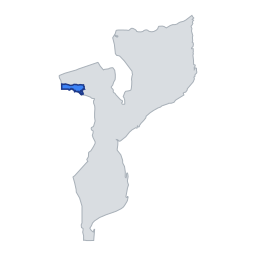 Magoe, Tete, Mozambique (highlighted)
{"feature_id": "85939544B26060528055494", "entity_name": "Magoe", "entity_type": "district", "adm_level": 2, "iso_a3": "MOZ", "parent_name": "Mozambique", "parent_adm1": "Tete", "projection": "mercator", "projection_center": [31.675, -16.019], "detail": "fine", "context": "in_parent", "style": "filled", "palette": "blue", "viewbox_px": 256, "rotation_deg": 0, "n_neighbors": 0, "source": "geoboundaries", "source_scale": "gbopen_adm2", "svg_char_len": 5927}
<svg xmlns="http://www.w3.org/2000/svg" viewBox="0 0 256 256"><path d="M73.0,177.0L74.8,175.6L87.0,162.1L87.8,161.6L86.8,159.4L88.4,156.8L88.6,152.7L89.0,152.1L90.9,150.8L93.5,146.6L95.1,143.4L95.2,141.9L93.0,137.5L92.3,135.2L93.0,133.2L93.2,131.3L92.9,130.7L91.5,129.9L91.3,129.1L91.2,128.1L91.5,127.5L93.3,126.6L93.6,126.2L95.1,121.1L94.6,117.3L94.6,113.0L94.9,108.6L94.7,106.0L93.6,103.1L93.5,101.0L94.3,99.6L94.5,98.7L91.8,98.3L90.4,97.1L85.3,95.2L81.4,94.9L78.1,92.0L75.6,91.5L72.3,89.4L61.9,89.0L61.6,88.8L61.2,82.4L60.8,80.3L59.5,78.1L59.2,76.5L59.3,75.5L65.0,73.2L76.2,70.0L78.7,68.9L97.8,62.4L98.3,62.8L100.2,66.1L103.4,69.9L104.2,69.4L108.7,68.8L109.4,68.3L110.8,67.9L112.4,67.7L113.0,67.9L114.7,70.3L115.3,74.6L115.3,77.5L115.1,79.6L113.7,82.1L112.7,85.1L111.3,86.8L111.3,87.6L113.0,89.4L113.3,90.2L113.2,91.8L113.5,92.4L115.0,93.4L116.0,94.9L120.2,99.4L121.3,100.2L122.1,100.4L122.5,101.2L122.3,102.3L121.6,102.8L121.9,103.7L122.7,104.3L124.6,104.2L124.8,103.9L124.7,100.0L124.0,97.7L123.2,96.7L124.8,92.4L125.7,91.3L128.8,90.8L130.3,90.4L130.9,89.9L131.3,88.5L131.7,84.8L131.8,81.3L131.5,79.2L132.0,76.1L132.6,74.2L132.3,73.8L132.0,71.2L124.3,60.9L119.9,56.3L119.1,55.8L116.7,55.4L115.4,53.7L114.4,44.5L112.7,37.8L115.3,33.5L116.1,30.6L116.7,30.2L118.8,30.0L126.5,30.1L128.4,30.4L129.2,30.1L131.2,28.4L132.9,28.4L135.1,29.5L136.3,30.5L136.5,31.3L138.0,31.8L140.8,31.9L142.8,31.5L144.0,30.5L145.3,30.0L146.7,29.9L147.8,30.3L148.5,31.0L149.8,31.5L151.8,31.8L154.0,31.4L156.4,30.1L157.7,28.8L158.5,26.6L158.9,26.3L162.2,26.1L164.0,26.5L166.3,27.9L170.3,25.5L172.8,24.6L175.1,24.6L177.1,24.0L178.6,22.9L180.2,22.1L183.5,21.3L185.7,20.1L191.9,15.4L192.6,16.7L193.8,18.0L192.2,19.3L193.6,20.2L192.6,21.5L192.4,22.4L192.9,23.3L192.2,24.8L191.3,25.9L191.1,26.8L191.9,28.4L191.5,31.1L192.8,35.7L192.4,37.2L192.7,40.9L192.2,42.2L193.0,42.6L193.4,44.1L193.0,46.6L191.7,47.7L191.5,48.7L193.2,48.7L193.3,51.9L193.0,52.8L193.4,53.9L192.9,55.1L193.5,60.2L193.6,63.9L193.7,64.5L195.2,65.1L195.1,66.1L194.2,67.5L194.3,69.5L195.3,67.9L195.9,67.9L196.5,68.5L196.5,70.8L196.8,71.9L196.7,72.9L195.0,74.7L194.9,76.5L194.2,76.8L193.9,77.2L194.3,78.2L194.3,79.2L193.1,82.0L187.3,88.8L187.2,90.0L185.7,92.1L184.1,92.5L183.2,93.1L183.9,95.0L176.1,99.8L175.3,100.5L174.0,102.3L171.4,103.2L168.6,103.3L168.2,103.7L161.8,105.9L160.6,107.0L157.9,108.0L153.6,110.4L150.2,112.7L146.2,116.1L145.7,118.0L143.8,120.4L141.0,123.3L139.4,125.7L139.3,126.7L138.3,127.0L137.4,126.0L137.1,128.0L136.4,128.1L135.7,127.7L132.1,129.8L129.5,132.1L125.8,136.7L120.4,141.0L119.2,141.2L117.5,139.6L116.5,139.5L117.9,141.2L117.8,144.9L117.2,149.2L117.2,150.2L120.8,154.8L122.6,160.2L122.7,163.0L124.5,166.5L125.3,171.9L125.2,177.0L126.0,177.8L126.4,177.0L126.5,173.9L127.0,173.0L127.5,173.1L127.9,174.9L128.1,176.7L127.4,180.6L127.6,182.2L128.5,184.9L127.5,188.0L125.9,196.7L126.2,197.3L127.1,197.5L127.4,196.5L127.8,196.5L128.1,197.1L127.4,200.5L126.7,202.0L124.4,205.7L123.1,207.3L121.0,208.8L116.0,211.3L106.0,214.8L99.6,217.5L94.6,220.8L92.5,223.0L91.5,225.6L89.8,228.2L91.3,230.5L93.2,232.0L94.1,229.4L94.6,229.4L93.7,240.5L86.8,240.6L84.8,240.2L83.6,240.3L83.6,235.7L82.7,232.2L83.1,229.8L83.0,228.4L81.5,227.6L81.2,224.9L82.0,222.9L82.0,206.1L79.6,198.0L76.3,192.2L76.1,189.4L74.7,183.0L73.0,177.0ZM117.0,37.2L117.8,36.8L117.9,36.1L117.4,35.7L116.9,35.8L116.7,37.0L117.0,37.2ZM116.4,35.8L115.8,35.3L115.3,35.4L115.1,35.9L115.6,36.5L116.2,36.5L116.4,35.8Z" fill="#d9dde1" stroke="#a8b0b8" stroke-width="1"/><path d="M83.5,84.9L83.2,84.9L82.9,85.0L82.2,84.9L80.5,84.7L79.8,84.7L79.5,84.8L78.6,85.0L77.8,85.0L77.3,84.9L77.0,84.7L76.4,84.5L76.1,84.5L75.5,84.5L75.2,84.5L74.2,84.4L73.8,84.5L73.6,84.6L73.3,84.8L73.0,85.0L72.7,85.1L72.2,85.3L71.8,85.3L71.3,85.4L70.5,85.4L70.3,85.4L69.6,85.3L69.2,85.0L68.2,84.7L67.6,84.6L66.3,84.2L65.7,84.2L65.3,84.0L65.2,84.1L64.9,84.2L64.7,84.1L64.4,84.2L64.3,84.3L64.0,84.3L63.9,84.3L63.7,84.4L63.4,84.3L63.2,84.2L62.8,84.3L62.8,84.2L62.7,84.2L62.5,84.3L62.3,84.1L62.2,84.1L61.8,84.0L61.7,84.0L61.7,89.1L68.2,89.1L68.3,89.2L68.5,89.3L68.6,89.5L68.8,89.7L68.9,89.9L69.0,89.9L69.3,89.9L69.5,89.8L69.6,89.6L69.6,89.4L69.8,89.4L70.0,89.3L70.1,89.2L70.0,89.3L70.3,89.3L70.4,89.2L70.4,89.3L70.5,89.2L71.1,88.9L71.2,89.0L71.3,89.0L71.5,89.0L71.8,89.1L72.1,89.2L72.3,89.2L72.5,89.3L72.5,89.2L72.6,89.3L72.7,89.2L72.9,89.2L73.0,89.4L73.3,89.4L73.3,89.5L73.6,89.7L73.7,89.8L73.6,90.0L73.8,90.1L74.0,90.3L74.3,90.6L74.5,90.7L74.5,90.9L74.5,91.0L74.7,90.9L74.8,91.0L74.7,91.2L74.8,91.3L74.9,91.2L75.1,91.2L75.1,91.3L75.2,91.2L75.2,91.3L75.3,91.2L75.5,91.3L75.6,91.2L75.7,91.4L75.8,91.4L76.0,91.4L76.1,91.5L76.3,91.5L76.5,91.6L76.8,91.6L77.0,91.6L77.4,91.5L77.5,91.7L77.9,91.7L78.0,91.8L78.1,91.7L78.2,91.8L78.3,91.8L78.5,91.8L78.7,92.0L78.7,91.9L78.8,91.9L78.8,92.0L79.0,92.2L79.1,92.3L79.1,92.2L79.2,92.3L79.3,92.4L79.3,92.5L79.5,92.6L79.7,92.8L79.8,92.8L79.7,92.8L79.8,92.8L79.9,93.0L80.0,93.2L80.1,93.3L80.2,93.2L80.2,93.3L80.3,93.3L80.5,93.4L80.5,93.5L80.8,93.6L80.9,93.8L81.0,94.0L81.0,94.3L80.9,94.4L81.0,94.5L81.5,94.7L81.9,94.4L82.0,94.4L82.1,94.2L82.3,94.2L82.5,94.2L82.8,94.1L83.0,94.1L83.3,94.0L83.3,93.9L83.2,93.8L83.1,93.7L82.9,93.6L82.9,93.4L82.7,93.3L82.7,93.2L82.4,93.0L82.2,93.1L82.2,92.9L82.2,92.7L82.3,92.7L82.2,92.5L82.2,92.4L82.3,92.2L82.4,91.9L82.5,91.9L82.4,91.7L82.3,91.8L82.2,91.8L82.1,91.7L81.9,91.6L81.6,91.6L81.4,91.6L81.2,91.5L81.2,91.3L81.2,91.2L81.3,91.2L81.2,91.2L81.3,91.1L81.2,91.1L81.3,91.1L81.2,91.0L81.3,90.9L81.2,90.8L81.3,90.8L81.2,90.8L81.3,90.7L81.3,90.4L81.5,90.3L81.7,90.2L81.7,90.3L81.8,90.3L81.9,90.2L82.0,90.2L82.4,90.1L82.5,90.1L82.7,89.9L82.8,89.8L82.8,89.7L83.0,89.7L83.3,89.6L83.5,89.5L83.9,89.4L83.9,89.2L83.9,88.9L84.0,88.9L83.9,88.8L84.0,88.8L83.9,88.7L84.1,88.5L84.0,88.4L84.1,88.2L84.1,87.9L84.2,87.7L84.2,87.8L84.1,87.7L84.1,87.4L84.1,87.1L84.1,86.8L84.1,86.7L83.9,86.5L84.0,86.4L83.9,86.3L83.8,86.2L83.6,85.4L83.5,84.9Z" fill="#3b82f6" stroke="#1e3a8a" stroke-width="1.5"/></svg>